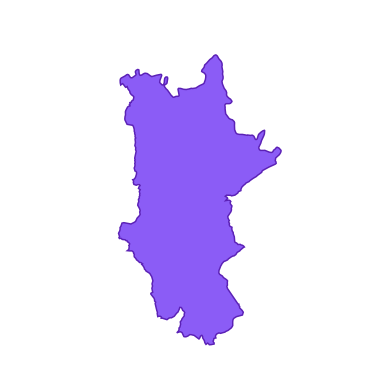 Manka, Leribe, Lesotho, rotated 52°
{"feature_id": "5366337B27297723813", "entity_name": "Manka", "entity_type": "district", "adm_level": 2, "iso_a3": "LSO", "parent_name": "Lesotho", "parent_adm1": "Leribe", "projection": "orthographic", "projection_center": [27.816, -28.974], "detail": "fine", "context": "isolated", "style": "filled", "palette": "violet", "viewbox_px": 384, "rotation_deg": 52, "n_neighbors": 0, "source": "geoboundaries", "source_scale": "gbopen_adm2", "svg_char_len": 6053}
<svg xmlns="http://www.w3.org/2000/svg" viewBox="0 0 384 384"><g transform="rotate(52 192 192)"><path d="M293.6,290.7L294.4,288.3L295.1,287.1L296.7,286.4L300.9,287.4L301.7,286.8L302.4,285.8L302.7,284.9L303.0,283.7L303.0,281.6L304.0,280.4L306.3,278.6L312.1,277.0L311.8,275.7L310.8,274.0L311.0,272.5L312.1,272.5L313.6,273.4L316.8,273.8L318.3,274.5L319.6,274.8L320.7,274.8L320.7,272.7L321.7,272.4L323.0,272.4L324.0,271.0L325.4,268.2L324.6,267.5L323.5,267.5L322.5,267.2L322.0,266.2L320.9,264.9L321.7,263.0L320.7,262.7L319.9,262.1L319.4,261.2L319.1,259.9L319.6,257.5L320.9,256.6L322.7,252.3L322.7,251.1L323.3,248.8L323.3,244.7L322.8,243.1L322.3,242.1L319.4,239.9L318.1,238.6L317.6,237.8L317.3,236.7L317.6,233.7L320.0,228.0L318.3,225.6L316.0,225.4L312.6,225.8L311.6,224.9L310.3,224.9L309.3,224.1L308.4,224.7L290.0,223.5L287.7,222.6L287.3,221.5L284.8,219.7L283.9,218.7L282.5,218.7L278.8,219.9L276.9,219.8L273.9,220.9L272.3,220.7L270.5,219.1L267.8,214.6L267.5,213.5L266.9,212.5L266.4,209.5L266.9,208.2L267.4,205.8L267.1,204.4L267.3,201.0L267.6,199.3L268.2,198.3L268.3,196.0L267.4,193.6L267.8,190.6L267.5,189.3L267.4,185.5L267.6,184.6L266.4,184.6L265.1,185.0L264.0,185.9L263.0,186.2L261.6,188.1L259.8,188.2L258.2,189.0L257.2,188.8L253.3,186.2L250.5,185.3L249.1,184.4L247.9,184.4L246.8,184.0L245.5,183.3L244.4,182.2L242.6,183.1L241.6,183.1L240.3,182.5L239.7,181.7L238.7,181.7L237.9,181.2L237.4,180.1L236.4,180.1L234.8,179.7L233.3,178.9L231.5,173.5L230.4,171.9L229.4,171.4L227.6,169.1L225.2,169.1L223.9,168.5L223.4,167.3L222.3,167.3L221.0,168.0L219.5,170.8L218.9,167.8L217.9,167.7L215.8,168.4L215.8,166.7L218.4,163.6L219.4,163.2L220.9,160.1L221.0,156.5L220.3,155.2L221.0,152.6L220.0,151.8L218.9,149.9L218.5,147.3L218.5,145.4L218.2,143.8L218.9,140.6L218.7,139.3L218.9,135.3L219.4,131.6L219.2,130.4L219.4,125.0L218.7,124.0L218.6,122.6L219.7,116.1L221.3,109.4L221.3,108.1L220.0,107.3L218.7,107.2L216.7,105.1L216.3,100.0L215.5,97.9L214.5,96.5L213.8,96.2L210.9,96.4L209.2,97.3L208.9,98.0L209.4,100.3L209.3,102.1L210.0,103.2L210.0,104.6L209.4,105.5L208.1,106.6L204.1,108.9L201.5,112.3L200.3,112.8L198.6,112.4L197.8,111.7L195.9,107.8L194.3,105.6L191.8,100.7L190.8,99.2L189.0,97.5L188.2,96.9L187.9,97.0L187.4,98.7L187.3,100.9L187.6,103.9L188.0,104.7L190.1,107.7L190.3,108.4L190.1,109.3L189.2,109.6L186.3,108.9L184.6,109.3L183.9,110.1L183.4,111.1L181.3,113.1L181.4,113.5L177.8,116.7L175.6,119.4L174.0,120.7L172.4,121.0L169.1,120.0L165.9,117.7L163.6,115.8L162.4,115.4L160.0,115.7L158.5,116.8L156.8,117.5L151.1,117.3L146.5,114.5L145.5,113.6L144.1,112.9L143.5,112.1L143.3,111.4L143.6,110.5L145.3,108.3L145.8,107.0L145.4,104.9L144.8,104.6L142.5,104.5L141.2,105.0L138.8,105.4L137.5,105.3L136.6,104.9L135.0,103.5L133.2,102.9L130.1,102.8L125.6,101.5L123.2,100.2L121.8,97.8L120.4,96.6L117.8,95.3L116.1,93.6L111.7,91.3L110.7,90.2L109.0,89.1L107.0,88.6L103.4,88.8L100.4,88.3L99.0,88.6L98.4,89.2L98.1,90.8L98.7,93.5L98.6,96.5L99.5,101.2L99.7,103.8L101.2,105.7L102.1,109.3L103.0,110.2L106.1,109.0L108.0,109.1L108.6,109.4L110.0,110.5L111.6,112.2L113.7,115.5L113.7,116.9L112.8,120.8L112.4,125.0L110.8,127.8L109.8,128.8L109.0,130.9L107.7,133.4L105.9,135.4L103.5,137.1L102.1,138.7L102.2,139.5L102.6,139.9L107.9,142.6L108.2,143.2L108.1,143.9L106.8,145.7L106.2,148.0L105.7,148.5L102.8,148.9L96.6,148.6L94.8,148.9L91.9,148.8L91.3,148.5L90.8,147.4L91.0,145.7L90.8,144.7L87.8,141.5L87.2,141.0L86.3,140.7L85.6,141.3L85.3,141.8L85.5,143.4L87.0,145.0L88.8,146.6L89.7,148.1L89.8,148.7L89.6,149.2L89.0,149.7L86.3,150.0L85.7,150.0L84.1,148.3L81.6,144.2L80.7,143.8L80.2,144.0L78.1,148.1L76.3,152.6L74.8,153.3L71.2,154.3L69.8,155.5L69.2,156.5L68.9,158.4L68.8,159.9L68.2,161.0L67.6,161.1L66.2,160.8L63.1,158.7L62.1,159.2L61.7,160.9L62.1,162.3L63.0,163.0L64.8,163.6L65.2,164.1L65.3,165.2L65.1,168.8L64.4,169.8L63.4,170.0L60.6,169.8L59.7,170.4L59.4,171.2L59.3,173.6L58.6,177.7L58.9,178.9L59.8,179.9L61.9,181.4L63.8,182.3L63.8,180.1L64.8,179.8L68.0,179.9L68.8,179.7L69.0,178.2L71.6,179.0L74.2,179.0L75.7,179.8L77.9,179.9L79.9,179.3L81.3,179.3L83.3,181.6L83.1,182.7L83.3,183.8L83.9,184.7L83.3,185.9L84.4,186.4L84.4,187.4L85.9,187.8L85.4,189.3L85.4,190.5L87.0,194.0L87.8,195.1L90.4,197.0L91.4,198.4L93.0,199.9L94.0,200.5L98.7,201.5L102.9,197.7L104.4,197.9L106.8,198.8L108.9,200.3L109.9,200.5L110.9,201.4L112.0,201.6L113.5,202.9L114.8,203.1L115.1,204.2L118.2,206.1L120.3,208.5L122.4,209.0L124.0,210.5L125.5,210.9L129.7,215.9L130.5,216.6L131.3,216.8L131.8,217.6L133.6,218.5L134.1,219.4L135.7,220.3L137.0,221.8L137.5,222.8L140.4,224.0L141.1,223.5L142.2,223.5L143.7,224.7L145.8,227.7L146.3,230.1L145.8,231.1L147.4,231.3L148.4,232.4L150.2,233.1L152.3,231.8L152.8,230.2L153.9,228.9L154.9,228.9L155.4,230.7L156.2,232.0L158.3,231.4L159.1,233.2L161.2,234.1L161.7,234.8L162.7,235.4L163.2,236.5L164.3,237.2L164.8,238.7L166.9,240.0L167.7,241.5L169.0,242.9L172.9,243.6L174.9,244.4L175.5,245.5L177.8,246.7L178.3,248.2L178.8,251.3L180.4,254.5L180.4,255.9L179.6,259.8L174.2,264.6L173.4,266.3L175.2,269.1L175.7,270.6L177.0,271.5L178.1,272.8L179.3,275.3L182.5,276.5L183.0,277.7L184.0,277.8L184.8,276.5L186.4,276.2L188.5,274.1L189.8,273.9L190.3,273.2L191.6,273.5L192.6,273.0L194.4,273.0L195.0,273.8L195.2,274.7L196.3,275.0L198.4,277.2L198.4,279.1L200.2,277.2L201.2,275.8L202.3,275.3L203.8,275.3L204.6,275.9L205.6,275.8L206.4,276.7L207.5,277.4L209.8,277.2L211.4,277.5L212.4,277.1L215.3,276.7L216.1,275.8L218.1,275.2L218.1,276.2L219.4,276.0L222.3,276.3L223.4,276.9L224.4,276.7L226.0,276.9L230.1,275.4L234.0,275.9L237.9,277.5L239.8,280.1L241.8,281.0L243.2,282.9L246.8,284.7L246.5,286.8L247.3,287.3L252.3,287.3L253.6,287.7L254.9,288.6L256.4,288.4L257.2,289.7L263.7,292.7L265.5,293.3L266.3,294.2L269.1,295.7L269.6,294.4L270.7,293.3L271.7,293.2L272.5,294.0L273.0,293.2L277.2,290.3L277.2,287.9L277.5,286.9L278.5,285.6L279.0,282.5L278.0,278.6L278.0,277.1L276.4,274.0L275.4,272.7L276.2,271.7L277.2,271.6L279.6,272.2L280.9,271.8L282.4,271.9L283.5,273.4L284.8,274.3L285.8,278.0L286.6,279.2L287.1,281.2L289.1,282.3L291.0,284.7L291.2,286.0L292.3,286.8L293.1,287.9L293.6,290.7Z" fill="#8b5cf6" stroke="#5b21b6" stroke-width="1.5"/></g></svg>